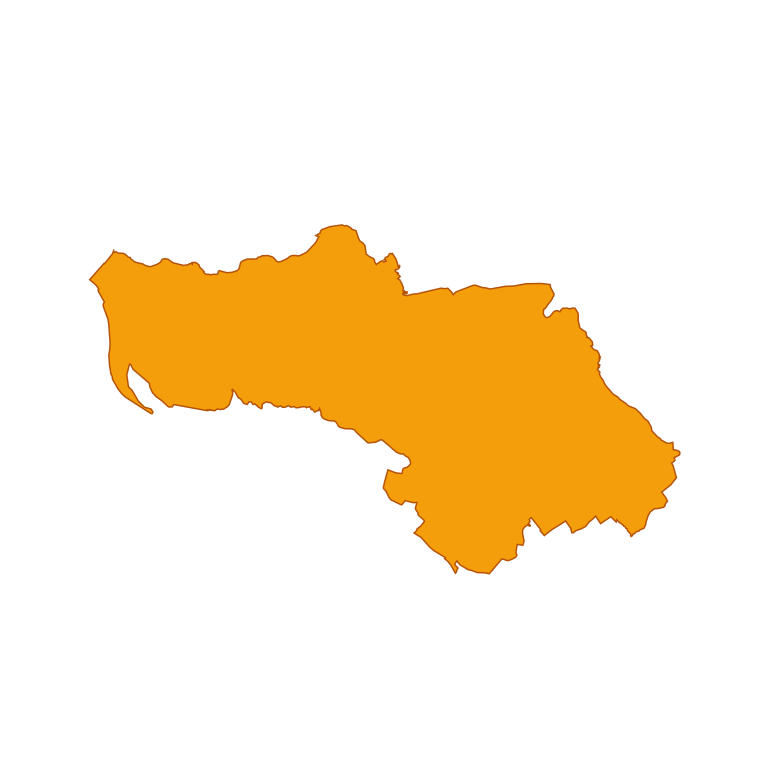 outline of Izvoru Crisului, Cluj, Romania, rotated 223°
{"feature_id": "2599482B40318061707597", "entity_name": "Izvoru Crisului", "entity_type": "district", "adm_level": 2, "iso_a3": "ROU", "parent_name": "Romania", "parent_adm1": "Cluj", "projection": "mercator", "projection_center": [23.108, 46.847], "detail": "fine", "context": "isolated", "style": "filled", "palette": "amber", "viewbox_px": 768, "rotation_deg": 223, "n_neighbors": 0, "source": "geoboundaries", "source_scale": "gbopen_adm2", "svg_char_len": 6154}
<svg xmlns="http://www.w3.org/2000/svg" viewBox="0 0 768 768"><g transform="rotate(223 384 384)"><path d="M460.5,483.6L467.6,485.3L466.6,484.6L468.4,483.9L468.7,482.3L468.1,479.9L469.3,477.4L468.6,476.4L468.7,474.9L467.8,475.7L466.3,475.5L466.2,475.1L467.9,472.7L469.1,472.9L469.8,472.0L470.4,470.9L470.4,469.0L471.0,468.0L471.0,466.1L473.8,466.8L476.0,468.4L477.6,468.5L481.6,467.2L485.6,466.9L492.3,472.2L495.1,472.7L499.2,472.2L502.0,473.2L509.0,477.0L513.3,475.2L515.0,475.6L519.5,474.3L520.6,472.7L523.1,471.8L530.8,462.3L534.7,454.6L534.7,452.6L533.7,450.8L535.1,446.1L532.2,447.3L530.4,440.9L530.4,427.7L533.0,420.7L534.0,419.3L537.2,416.9L539.1,414.8L539.9,412.7L540.3,409.7L542.7,403.7L544.2,401.3L545.9,400.6L551.7,401.0L556.4,398.9L560.6,394.6L561.2,392.6L562.5,390.9L562.6,388.4L569.4,381.9L571.4,377.4L571.7,375.1L568.6,369.4L568.6,367.0L571.3,362.0L574.9,358.2L581.7,354.6L582.0,353.6L580.6,351.3L581.1,350.1L583.6,347.9L585.5,345.3L587.1,344.7L588.9,342.8L591.5,342.6L592.1,342.9L592.1,343.4L594.2,343.7L598.3,343.7L600.8,345.0L604.6,344.4L606.8,342.4L606.1,341.0L607.3,341.6L607.5,340.1L608.3,339.2L608.6,337.6L611.4,334.1L621.0,328.7L626.9,328.0L629.5,326.5L631.2,324.1L630.6,320.6L631.4,317.1L634.5,311.0L636.0,309.6L639.6,307.8L642.3,307.3L648.5,303.7L651.7,303.0L654.6,302.9L655.9,303.4L657.3,302.4L661.3,302.4L663.8,301.7L667.6,298.5L670.0,298.0L671.0,296.4L672.6,297.2L671.3,293.6L670.6,284.1L670.6,280.9L671.0,281.0L670.4,259.6L662.9,260.0L659.2,259.4L657.2,258.7L657.2,257.7L655.9,256.9L644.5,253.3L643.8,251.0L642.5,249.5L630.0,243.1L626.3,240.2L612.5,227.4L609.0,223.4L604.9,217.4L597.7,210.7L590.4,205.0L588.0,204.2L585.7,202.3L575.4,199.1L569.0,198.0L563.9,198.1L536.7,203.0L533.8,203.7L533.3,204.4L533.8,205.9L537.4,206.8L543.3,203.7L551.8,203.9L563.8,207.5L569.0,207.7L578.3,215.2L583.4,224.3L583.4,225.4L581.5,225.2L577.7,223.6L556.2,224.5L553.0,222.1L547.4,219.8L542.1,219.4L535.4,220.2L525.9,220.3L523.3,222.8L523.7,225.6L496.1,243.3L494.2,244.8L496.4,243.8L493.4,246.2L494.2,246.1L493.9,246.4L489.6,248.9L488.8,252.2L487.0,253.1L484.3,256.1L483.1,260.0L483.1,263.3L487.3,272.7L489.1,274.8L491.1,276.0L491.2,276.7L487.3,276.6L481.2,274.6L478.6,275.3L473.3,274.2L470.1,275.8L470.6,278.9L468.6,280.5L466.1,279.6L465.5,280.0L465.0,281.4L460.2,281.4L456.9,282.2L456.7,283.1L459.3,286.4L458.1,290.5L455.2,292.1L454.4,293.1L449.1,293.3L447.3,294.5L446.1,294.5L444.7,297.6L442.3,297.7L440.4,299.8L438.9,303.3L436.3,303.5L434.2,306.3L432.3,306.5L430.8,307.9L428.2,311.7L425.7,313.9L424.7,313.7L422.8,316.9L419.7,315.7L419.2,316.7L415.4,316.3L414.5,319.1L413.7,319.9L414.5,322.1L410.2,319.9L408.7,318.2L406.2,317.4L403.8,317.7L399.8,319.3L394.6,323.4L391.7,323.2L388.8,322.1L387.0,322.2L382.0,324.7L377.1,329.1L374.4,330.3L371.0,329.8L355.5,330.0L350.4,335.7L348.3,341.2L346.7,341.9L328.5,342.6L324.3,344.0L322.2,346.0L319.1,346.0L316.4,346.8L313.5,346.2L310.5,344.3L309.9,342.7L310.3,339.1L312.3,335.3L311.1,332.8L309.9,331.3L309.9,330.7L314.5,327.2L322.6,323.9L316.5,312.3L314.0,308.0L313.0,307.2L309.2,306.9L303.2,304.5L300.0,304.0L290.2,307.0L288.6,307.8L288.9,313.1L281.6,317.2L279.2,319.8L276.0,314.1L271.6,313.0L269.6,311.5L262.2,311.7L260.7,311.1L260.2,305.0L261.0,300.5L260.1,299.1L260.4,295.5L252.3,297.1L239.2,295.9L234.0,296.1L220.7,298.9L220.7,297.7L216.0,297.8L211.2,297.0L202.8,294.3L202.8,295.8L203.8,297.4L204.4,299.9L209.2,300.1L210.2,304.3L204.9,303.6L195.7,305.6L192.8,307.4L187.2,309.7L181.3,314.8L177.6,317.0L178.5,336.2L178.0,336.9L173.6,338.8L172.6,339.8L170.9,343.1L169.6,347.0L169.9,349.2L172.9,351.1L177.2,357.5L172.5,360.7L173.6,363.2L174.6,364.8L180.6,369.0L183.2,372.1L183.6,375.2L183.2,377.8L182.4,379.0L180.6,379.3L180.3,380.0L181.5,380.6L183.3,380.3L183.4,382.9L185.5,384.1L185.3,386.7L171.4,384.6L169.8,384.2L169.7,383.2L163.4,382.5L161.9,392.0L157.7,407.7L149.1,405.8L145.2,403.3L144.2,404.1L143.6,407.7L141.0,412.7L139.4,417.2L139.9,423.0L139.1,428.6L139.2,431.7L130.4,429.6L127.6,441.6L120.1,441.4L121.2,443.4L117.7,443.2L112.7,444.0L111.6,443.5L110.4,444.1L108.7,443.4L107.7,443.9L105.5,442.7L101.1,442.5L100.3,441.3L99.3,441.0L98.9,442.4L99.6,444.1L98.8,445.3L98.8,447.9L97.2,450.4L97.4,451.7L95.5,455.8L96.7,459.5L98.3,461.9L101.2,468.2L102.0,472.1L101.3,476.9L98.2,480.4L95.5,484.6L95.4,486.7L96.0,487.0L96.8,489.2L96.5,490.1L96.7,491.6L100.2,493.0L107.2,494.3L105.5,506.0L106.2,514.9L117.2,521.6L119.7,522.2L119.1,525.6L119.2,526.8L121.5,527.9L119.5,533.8L120.7,535.6L122.1,536.0L124.1,535.5L127.7,533.3L132.9,538.3L134.5,535.7L136.7,533.7L143.2,532.0L144.2,532.5L148.0,531.9L156.1,532.4L158.9,534.6L165.6,536.9L169.8,536.4L177.0,537.4L183.3,537.4L190.9,534.5L194.1,534.7L200.4,533.6L204.5,533.9L209.4,532.8L220.8,534.1L224.7,535.3L225.8,536.1L230.4,536.9L233.4,538.3L234.2,539.9L237.9,540.1L238.0,542.8L238.8,542.5L238.7,544.2L239.3,544.1L239.1,545.7L240.0,543.6L240.1,544.8L240.8,544.4L242.1,546.0L242.3,547.9L243.8,549.2L243.2,549.6L244.1,550.9L244.2,550.0L244.5,550.1L245.1,551.1L246.9,552.5L250.7,553.7L254.0,552.4L255.8,552.3L257.8,553.2L258.5,552.9L257.9,554.9L260.2,556.8L265.3,557.6L267.5,556.5L267.8,557.3L270.1,558.1L271.1,559.3L272.3,559.7L274.5,559.0L279.2,558.7L285.2,562.8L290.1,568.0L295.9,569.7L298.2,567.9L298.2,567.2L299.9,565.3L301.5,564.6L304.8,561.5L305.1,558.8L304.6,556.8L307.1,556.0L308.5,554.4L309.1,552.6L308.7,546.5L310.1,543.6L312.0,543.0L315.2,543.9L318.2,547.4L317.6,549.5L318.5,555.1L318.5,557.7L319.2,561.3L319.9,562.9L319.9,564.0L321.0,565.7L328.1,568.3L330.4,570.0L337.9,564.4L348.4,554.3L355.8,544.3L362.0,538.0L371.2,525.8L375.3,523.6L377.4,521.8L384.7,518.5L386.4,516.4L394.3,500.1L394.3,496.5L397.1,497.3L402.6,497.5L404.5,495.2L407.7,492.9L421.1,472.8L424.0,469.6L427.4,464.4L429.9,462.6L431.1,462.4L431.8,462.9L430.5,464.1L430.3,465.0L429.5,465.2L429.9,466.0L429.2,466.4L430.0,467.1L430.6,466.4L430.5,465.2L431.3,464.8L431.7,465.6L432.4,464.6L433.0,465.9L434.0,465.2L435.5,467.6L439.7,469.7L443.7,470.9L445.9,470.4L445.5,473.7L449.4,473.8L449.0,474.7L449.3,474.9L452.1,474.0L453.5,474.7L453.7,475.4L452.4,476.7L452.2,477.4L452.1,479.7L453.0,481.1L453.4,481.2L453.4,479.5L460.5,483.6Z" fill="#f59e0b" stroke="#b45309" stroke-width="1.5"/></g></svg>